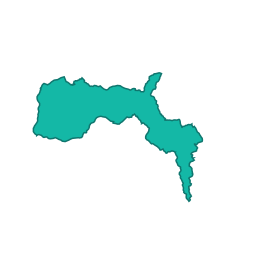 Petrosani, Hunedoara, Romania (orthographic projection), rotated 129°
{"feature_id": "2599482B39314069037864", "entity_name": "Petrosani", "entity_type": "district", "adm_level": 2, "iso_a3": "ROU", "parent_name": "Romania", "parent_adm1": "Hunedoara", "projection": "orthographic", "projection_center": [23.402, 45.443], "detail": "fine", "context": "isolated", "style": "filled", "palette": "teal", "viewbox_px": 256, "rotation_deg": 129, "n_neighbors": 0, "source": "geoboundaries", "source_scale": "gbopen_adm2", "svg_char_len": 5825}
<svg xmlns="http://www.w3.org/2000/svg" viewBox="0 0 256 256"><g transform="rotate(129 128 128)"><path d="M186.8,201.4L187.7,201.4L190.4,199.2L191.1,196.6L190.9,194.5L191.3,194.2L190.1,193.9L189.1,193.1L188.7,191.8L188.2,190.7L188.5,188.9L188.4,187.9L188.2,187.4L186.4,186.0L186.0,185.1L186.2,183.5L186.1,183.0L185.4,181.7L183.2,179.6L181.9,178.8L181.3,178.6L180.6,176.1L180.5,174.9L179.6,172.6L179.6,170.8L178.1,168.3L174.7,166.4L173.1,165.8L170.9,164.6L166.7,160.4L166.3,159.5L164.6,158.1L163.2,158.1L161.6,158.9L159.3,159.2L158.9,158.9L158.2,157.6L157.6,157.4L156.0,158.5L155.4,158.2L153.5,158.0L152.0,158.5L150.0,159.7L149.2,159.5L148.4,159.8L147.1,159.5L145.8,158.6L144.9,158.2L143.6,158.2L142.0,158.8L139.8,158.9L137.8,158.0L136.2,156.7L135.5,155.6L135.1,154.5L134.8,154.1L134.5,153.4L133.7,152.3L133.6,150.7L133.6,145.8L133.2,145.0L132.1,143.2L133.3,143.0L133.6,142.7L131.9,139.6L131.8,139.0L130.5,137.3L128.3,137.0L126.7,136.4L120.0,135.7L119.5,134.2L119.1,133.6L118.4,133.2L117.3,132.0L116.4,132.4L114.7,132.5L114.5,131.9L113.1,131.7L113.4,130.2L113.9,129.3L113.1,128.1L113.8,127.5L113.5,127.0L114.2,125.6L114.4,124.4L114.3,123.0L115.6,120.9L115.2,120.2L114.5,120.1L115.4,119.9L114.7,119.6L114.3,118.6L114.4,117.6L114.6,117.2L114.6,116.8L114.3,115.9L114.4,115.5L114.3,115.0L114.5,114.6L114.4,114.0L114.8,113.3L114.9,112.5L114.7,112.1L114.7,111.5L115.0,111.1L115.6,111.0L117.4,109.9L118.4,109.8L119.1,109.5L119.6,109.6L121.6,109.5L123.4,109.0L123.7,108.5L124.5,108.2L124.9,107.7L125.2,106.3L125.3,105.9L124.9,104.6L125.1,102.4L125.5,101.0L125.5,99.7L124.8,99.2L124.5,98.6L124.3,95.5L124.0,94.8L124.1,94.1L123.9,93.4L124.2,91.9L124.1,90.9L124.9,89.3L124.8,89.0L123.7,88.1L122.3,87.6L123.3,85.4L123.1,84.1L123.6,82.5L122.7,81.9L121.2,81.9L120.5,81.2L120.3,80.6L120.1,80.4L118.2,79.5L117.3,77.6L117.2,77.0L117.3,76.3L117.2,76.2L117.3,76.2L119.0,73.0L119.1,72.0L119.9,71.0L120.6,70.6L122.6,70.5L123.2,70.1L124.0,68.8L124.0,68.4L125.6,65.6L125.5,63.6L125.2,62.8L125.4,62.4L126.3,62.0L127.1,60.6L127.7,60.1L128.8,59.8L130.1,60.0L131.5,59.2L131.8,58.8L131.9,57.9L132.5,56.7L133.7,56.0L134.0,55.5L134.3,54.2L134.9,53.1L135.0,52.7L135.5,52.1L136.2,50.2L138.1,49.9L138.4,49.1L139.4,47.5L139.9,47.0L141.5,46.0L142.0,44.6L142.9,44.2L143.1,42.9L142.7,41.2L142.7,40.9L144.6,39.7L145.1,39.1L145.5,38.9L145.6,38.4L145.9,38.2L146.2,35.6L146.6,34.5L145.6,34.3L144.6,34.4L144.0,36.0L141.1,35.9L140.9,36.6L140.5,37.1L140.6,37.8L139.3,39.9L139.2,40.4L138.2,41.3L137.5,41.4L137.3,41.9L136.9,42.1L136.9,42.4L136.7,42.7L136.1,42.9L136.1,43.2L135.2,44.0L134.7,43.9L133.8,43.3L133.0,43.1L131.6,43.6L131.6,45.2L131.0,45.9L130.1,46.3L129.6,46.9L128.7,49.1L127.6,49.0L125.6,48.0L124.6,47.9L123.2,48.5L122.9,48.8L123.0,49.3L122.5,49.4L120.1,52.3L119.7,52.4L119.2,53.0L118.8,55.4L119.1,56.3L118.2,57.2L117.4,57.5L116.9,58.0L116.2,57.9L115.4,58.1L114.0,57.6L113.0,56.8L111.3,56.3L111.1,57.8L110.9,58.0L110.8,58.4L110.0,58.2L110.7,59.0L110.4,60.2L110.3,60.3L110.0,60.0L108.9,60.7L108.4,60.1L108.6,60.7L108.3,60.8L108.3,61.0L108.8,61.9L108.6,62.6L108.1,62.8L107.3,62.7L107.1,62.8L106.6,62.5L105.3,62.1L103.5,60.7L102.7,60.4L102.3,60.8L101.8,60.8L101.0,61.3L99.7,61.4L99.3,62.8L99.2,64.5L98.8,66.0L98.6,66.2L98.3,66.0L98.2,64.7L97.5,64.2L95.3,64.2L92.0,62.0L91.5,62.0L90.5,62.6L89.4,63.8L89.2,64.1L89.1,65.1L88.5,66.6L88.1,68.1L87.5,69.2L87.4,70.0L87.5,71.4L87.4,71.8L85.5,75.4L85.3,76.8L85.0,77.4L86.4,77.9L85.8,79.5L85.9,79.9L84.7,80.9L85.4,81.1L86.6,82.0L86.9,82.8L87.3,83.2L87.9,83.6L88.9,83.8L89.5,84.7L91.4,85.3L92.2,86.4L93.4,86.3L93.5,86.4L93.4,86.9L92.9,87.4L92.6,88.5L91.7,90.0L90.3,91.4L89.8,92.2L89.4,92.5L89.1,93.5L89.6,94.1L91.0,94.8L92.2,96.6L92.9,97.4L94.5,98.4L95.6,100.6L96.8,101.9L97.1,102.6L97.8,103.1L97.9,103.5L98.6,104.1L98.2,104.7L97.4,104.6L97.2,105.5L97.4,106.8L96.7,108.4L97.1,109.5L96.3,110.6L96.5,111.1L96.8,111.1L96.6,111.9L96.3,112.5L95.1,114.0L95.0,115.0L94.5,115.6L93.9,117.2L93.4,117.7L92.2,118.3L91.3,119.7L91.6,120.8L91.1,121.6L89.1,122.8L89.1,124.4L88.9,125.1L87.7,126.9L87.7,128.3L88.5,129.9L88.1,131.2L87.0,132.0L86.1,131.9L83.9,132.6L82.4,132.6L81.4,132.2L80.5,131.3L79.5,131.6L78.6,132.0L77.5,133.6L76.4,133.8L75.3,134.5L73.7,134.4L73.2,134.0L72.6,133.9L71.0,134.1L69.4,134.6L68.7,135.1L66.6,135.5L66.2,135.9L64.7,136.1L64.8,137.0L65.5,138.5L68.3,140.6L69.5,141.8L70.9,141.8L72.0,142.6L74.7,143.7L76.3,142.7L77.2,141.5L79.6,141.9L80.7,141.5L82.7,142.0L83.4,141.5L86.8,140.5L87.7,139.5L88.8,138.8L90.1,138.8L91.7,140.8L91.6,141.6L91.2,142.6L91.8,143.6L92.5,143.7L94.1,146.0L93.0,147.0L93.5,148.2L94.6,149.1L96.9,149.9L97.3,150.5L97.4,151.4L97.7,152.3L98.9,154.8L99.2,155.6L99.8,157.9L100.1,160.7L101.6,163.0L103.9,164.7L104.9,165.9L108.1,167.7L110.8,167.9L112.1,168.8L112.9,171.4L112.9,174.4L112.7,175.9L113.3,176.4L113.7,176.4L114.3,176.8L115.1,178.6L115.2,179.5L115.5,179.8L115.9,180.6L116.2,181.0L117.7,181.3L118.2,182.3L118.7,183.1L119.3,183.5L119.5,184.1L118.9,186.8L119.4,188.0L119.2,188.6L119.3,189.3L119.8,190.7L119.3,191.3L118.6,191.6L118.4,192.0L118.0,195.3L119.2,195.1L119.6,195.7L120.2,195.9L120.5,196.4L121.6,196.3L122.5,197.0L123.3,197.2L124.4,198.6L125.5,198.9L125.8,199.2L127.2,198.5L127.9,198.3L127.4,197.1L127.5,196.9L127.9,197.0L128.3,197.6L129.3,197.8L129.8,198.4L129.6,199.0L130.2,199.3L130.5,199.9L130.3,201.0L130.4,203.9L130.8,204.8L130.9,205.3L128.4,209.8L131.1,211.7L134.7,213.1L137.3,215.5L140.5,216.5L142.9,216.8L144.4,217.5L145.0,217.6L146.2,221.2L146.4,221.4L148.1,221.7L149.8,221.4L150.6,221.0L151.9,221.1L152.7,220.8L152.8,220.6L152.3,220.4L153.4,219.7L154.3,219.7L155.4,219.1L157.6,218.5L158.6,218.7L161.0,218.3L162.7,216.8L163.1,216.0L163.5,215.6L164.5,212.2L165.7,211.2L166.1,210.9L169.0,210.3L170.2,209.3L170.7,208.4L171.4,207.6L174.3,206.4L175.1,205.4L177.4,204.4L179.4,202.6L181.1,202.2L185.6,201.9L186.8,201.4Z" fill="#14b8a6" stroke="#0f766e" stroke-width="1.5"/></g></svg>